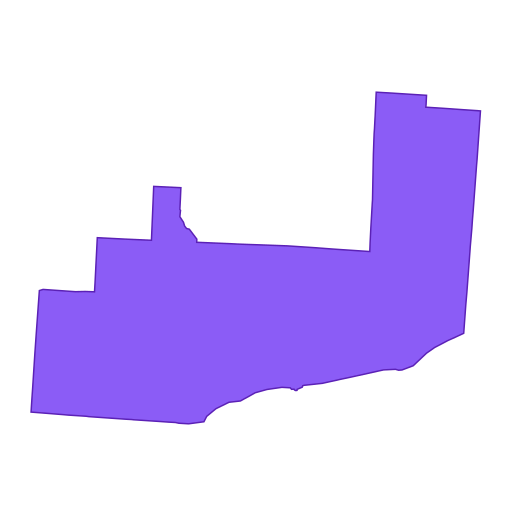 the district of Cook, Illinois, United States of America, rotated 94°
{"feature_id": "52423323B18311449553443", "entity_name": "Cook", "entity_type": "district", "adm_level": 2, "iso_a3": "USA", "parent_name": "United States of America", "parent_adm1": "Illinois", "projection": "mercator", "projection_center": [-87.813, 41.812], "detail": "fine", "context": "isolated", "style": "filled", "palette": "violet", "viewbox_px": 512, "rotation_deg": 94, "n_neighbors": 0, "source": "geoboundaries", "source_scale": "gbopen_adm2", "svg_char_len": 1767}
<svg xmlns="http://www.w3.org/2000/svg" viewBox="0 0 512 512"><g transform="rotate(94 256 256)"><path d="M84.2,147.5L88.7,147.4L108.4,146.9L110.0,146.9L120.8,146.7L125.5,146.7L132.1,146.5L146.4,146.0L174.0,144.6L192.0,143.7L195.7,143.7L220.2,143.4L234.5,143.1L243.6,142.8L243.7,175.5L243.7,182.0L243.6,197.3L243.7,225.2L244.6,252.4L245.1,266.3L245.2,269.5L245.4,275.6L245.4,276.1L245.5,281.9L246.4,313.9L246.5,316.1L243.3,316.2L233.9,324.4L233.4,327.2L231.1,329.3L227.4,330.7L222.1,334.7L215.7,334.5L214.9,335.2L204.3,335.4L193.1,335.7L193.3,345.2L193.7,362.9L247.6,361.4L248.3,388.6L248.8,415.6L294.0,414.7L303.0,414.6L303.3,423.8L304.2,433.6L304.2,451.6L304.2,466.1L305.6,469.7L346.9,469.8L367.6,469.8L368.0,469.8L403.4,469.6L403.5,469.6L412.4,469.6L427.4,469.5L427.5,457.2L427.7,436.9L427.8,432.5L427.7,414.2L427.9,411.6L427.9,399.3L427.9,391.5L427.9,374.7L427.8,368.6L427.9,367.0L427.8,341.8L427.8,331.7L427.7,324.8L428.2,321.3L428.1,311.5L425.0,296.4L419.4,294.0L411.1,285.3L403.8,272.8L401.9,262.4L401.7,261.4L398.8,257.0L398.8,256.9L397.3,254.6L396.6,253.5L392.5,247.3L388.4,235.8L385.2,221.0L385.1,212.6L386.5,211.3L386.2,208.8L386.9,208.3L387.4,207.4L387.4,206.4L387.1,205.8L387.1,205.7L386.3,205.7L386.2,205.7L384.7,202.8L383.6,200.7L382.1,200.3L381.6,198.9L381.3,197.1L378.4,180.9L376.2,173.5L374.2,166.6L373.4,164.1L370.3,153.2L361.8,124.5L360.7,120.7L359.3,108.9L360.0,105.8L359.5,102.4L354.5,91.5L341.1,79.2L334.8,71.4L326.9,58.6L323.2,51.7L318.6,43.4L289.8,43.3L277.3,43.1L259.1,43.0L237.1,42.9L236.2,42.9L231.6,42.9L213.6,42.6L204.5,42.6L195.5,42.5L150.0,42.3L144.3,42.2L136.4,42.2L113.7,42.2L95.6,42.2L95.6,81.1L95.7,97.0L93.3,96.9L83.8,97.1L84.0,129.3L84.0,130.2L84.0,131.5L84.2,147.5Z" fill="#8b5cf6" stroke="#5b21b6" stroke-width="1.5"/></g></svg>